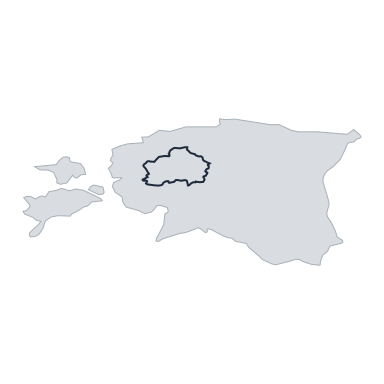 Rapla highlighted on a map of Estonia
{"feature_id": "EST-2348", "entity_name": "Rapla", "entity_type": "County", "adm_level": 1, "iso_a3": "EST", "parent_name": "Estonia", "parent_adm1": "", "projection": "natural_earth1", "projection_center": [24.741, 58.948], "detail": "fine", "context": "in_parent", "style": "outline", "palette": "slate", "viewbox_px": 384, "rotation_deg": 0, "n_neighbors": 0, "source": "natural_earth", "source_scale": "10m", "svg_char_len": 4395}
<svg xmlns="http://www.w3.org/2000/svg" viewBox="0 0 384 384"><path d="M320.1,265.0L318.8,265.2L311.2,264.3L302.8,261.5L299.1,259.4L295.6,259.4L291.2,260.8L275.7,264.8L271.9,263.9L263.0,259.9L258.4,255.6L248.4,247.1L247.5,245.0L246.2,243.4L235.5,241.3L231.6,238.1L228.3,237.7L223.5,236.1L211.0,229.4L207.9,228.8L207.1,229.9L207.3,231.5L206.6,232.4L205.0,232.4L202.1,229.9L198.6,227.7L187.8,231.8L183.9,232.9L180.5,233.2L163.4,238.6L158.2,241.5L156.0,241.1L156.5,238.4L163.7,224.8L164.9,214.0L167.6,212.5L168.3,211.0L167.2,207.5L159.8,205.3L156.9,205.7L154.2,209.4L151.4,212.0L144.9,213.7L139.3,210.8L126.2,207.1L122.9,202.1L122.1,197.0L115.2,192.2L112.4,186.5L113.6,182.5L119.9,179.8L121.7,177.6L113.8,177.9L112.2,177.4L111.8,175.3L108.4,168.3L111.5,165.6L112.9,162.9L110.4,160.6L111.0,158.0L113.0,155.4L111.9,149.3L119.7,146.1L127.3,143.9L143.4,142.7L141.9,137.2L148.4,136.9L159.3,130.3L170.2,131.4L185.9,126.9L216.2,126.9L220.3,124.3L219.5,121.6L219.6,118.8L225.3,119.6L234.8,119.1L270.5,124.7L279.2,124.7L291.4,130.3L298.0,131.8L317.3,131.8L347.1,134.3L352.9,130.4L353.4,129.5L356.3,131.6L360.0,135.0L361.0,137.0L359.8,138.2L356.2,139.2L355.4,140.2L353.9,142.0L349.7,142.4L347.5,143.7L345.1,149.5L340.3,159.3L333.2,166.6L327.4,170.7L324.8,173.8L323.3,177.5L322.9,181.3L328.9,201.9L328.9,205.7L327.6,209.5L326.7,213.4L327.5,216.8L331.3,222.5L335.4,231.2L337.1,236.7L339.7,238.7L342.3,240.2L342.8,241.1L342.8,242.1L341.5,243.2L330.1,246.1L328.7,248.6L327.5,251.3L322.6,255.3L321.1,259.1L320.2,263.5L320.1,265.0ZM64.4,189.0L68.2,190.7L71.7,190.2L75.3,189.0L83.1,190.1L100.7,198.6L102.3,200.8L91.7,201.9L89.3,204.5L86.7,206.3L83.7,206.9L78.6,210.5L71.7,214.0L70.2,216.1L57.7,215.7L50.8,217.1L45.3,221.0L42.9,228.5L38.8,234.5L34.6,236.6L30.3,236.9L29.3,234.7L29.8,232.5L38.9,224.1L40.9,221.4L36.4,220.2L32.7,217.3L24.5,213.9L23.0,211.2L25.0,211.0L26.8,210.2L29.0,207.9L30.1,205.3L23.7,197.6L27.0,196.4L31.2,196.7L35.5,199.0L40.2,196.3L42.2,196.0L45.5,196.9L48.8,191.8L56.7,190.2L60.6,188.6L64.4,189.0ZM81.0,174.8L76.6,178.2L74.0,176.9L72.6,175.2L66.9,182.9L60.4,184.3L56.7,182.8L57.1,179.9L53.6,172.3L48.0,170.1L40.2,169.9L34.6,166.7L56.4,164.6L58.7,161.0L63.2,157.2L66.5,156.8L69.4,157.7L69.9,160.6L70.6,161.8L80.4,163.5L84.2,168.4L85.6,174.3L81.0,174.8ZM103.4,193.9L99.0,194.7L88.4,189.7L90.9,186.4L93.9,185.1L102.9,187.1L104.1,192.2L103.4,193.9Z" fill="#d9dde1" stroke="#a8b0b8" stroke-width="1"/><path d="M146.0,183.5L147.0,181.7L147.1,181.3L146.9,180.9L146.4,180.7L143.9,180.7L142.9,180.4L142.6,180.0L142.8,179.4L144.8,178.8L145.2,178.3L147.5,177.1L146.7,176.5L146.5,176.0L146.5,175.3L146.9,174.9L148.3,174.4L148.8,174.1L148.9,173.6L148.3,173.0L147.8,172.2L145.7,168.6L143.6,166.3L143.4,165.3L144.5,163.9L146.0,163.1L146.4,162.5L146.6,162.2L146.8,161.9L147.2,161.5L147.9,161.3L149.1,161.2L150.8,161.6L154.4,161.8L155.6,160.3L158.5,157.3L159.0,156.9L162.0,156.4L164.8,156.0L168.7,156.2L169.2,156.2L169.6,155.2L169.5,154.9L169.1,154.3L168.8,153.9L168.7,153.6L169.4,152.8L169.7,151.4L170.5,150.3L170.9,149.9L172.0,149.4L172.7,148.7L174.5,147.9L180.5,148.4L180.9,148.1L181.7,147.9L185.3,147.2L187.3,147.3L187.0,148.9L187.1,149.6L187.4,150.1L188.4,150.7L189.4,151.8L189.9,152.5L190.2,152.7L191.4,153.3L195.0,154.2L195.7,155.3L198.8,156.4L200.1,156.4L200.4,156.3L200.9,156.3L201.5,156.6L202.4,157.3L202.6,158.0L202.7,158.5L202.8,158.9L202.9,159.3L203.0,159.8L203.4,160.3L204.1,160.9L205.7,161.6L207.5,162.6L209.7,163.4L207.9,164.7L207.8,164.9L207.9,165.3L208.3,165.5L208.7,165.9L208.7,166.6L208.8,167.3L208.7,168.0L208.3,168.5L207.7,168.7L207.3,168.8L206.4,169.3L205.3,171.2L205.4,171.4L205.6,171.7L206.5,172.0L207.4,172.9L207.0,173.8L206.5,174.3L206.1,175.3L205.8,175.7L205.4,175.9L204.2,176.2L203.5,176.5L203.3,176.9L203.4,177.3L204.3,178.5L204.5,179.4L204.4,179.9L203.3,181.8L201.2,182.1L199.5,182.2L195.9,181.6L195.8,182.2L195.6,182.3L195.0,182.3L194.1,182.2L193.8,182.2L193.0,182.4L191.9,182.9L191.0,183.5L189.2,185.2L188.0,185.5L187.8,184.9L187.7,183.8L187.2,182.2L187.0,181.1L186.7,180.7L186.1,180.4L184.8,180.1L183.8,180.2L182.4,180.6L181.1,180.7L177.7,180.1L175.9,180.0L174.0,181.9L171.6,182.3L169.9,182.8L169.1,182.8L168.6,182.3L168.6,181.9L168.6,181.5L168.4,181.2L167.6,181.1L167.0,181.1L165.3,181.6L163.6,182.6L163.3,182.9L162.9,183.4L162.6,184.3L162.4,184.5L161.9,184.9L161.1,185.2L158.3,185.6L154.1,185.3L147.5,184.4L146.0,183.5Z" fill="none" stroke="#1e293b" stroke-width="2"/></svg>